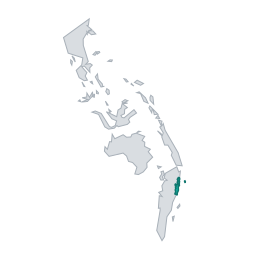 Indonesia, with Bengkulu highlighted, rotated 234°
{"feature_id": "IDN-1225", "entity_name": "Bengkulu", "entity_type": "Province", "adm_level": 1, "iso_a3": "IDN", "parent_name": "Indonesia", "parent_adm1": "", "projection": "mercator", "projection_center": [102.58, -3.868], "detail": "fine", "context": "in_parent", "style": "filled", "palette": "teal", "viewbox_px": 256, "rotation_deg": 234, "n_neighbors": 0, "source": "natural_earth", "source_scale": "10m", "svg_char_len": 5635}
<svg xmlns="http://www.w3.org/2000/svg" viewBox="0 0 256 256"><g transform="rotate(234 128 128)"><path d="M86.8,106.5L91.1,112.2L97.4,111.4L100.7,108.8L106.2,110.4L110.6,109.3L116.2,96.0L123.1,95.3L126.4,98.4L122.9,98.8L127.8,105.1L126.5,106.5L132.3,111.6L127.1,111.0L125.4,120.1L121.4,121.4L119.1,125.0L120.5,127.5L119.0,131.6L111.4,136.6L109.7,132.1L106.6,133.2L103.4,130.6L97.7,133.6L96.9,130.4L89.9,130.8L88.6,122.6L85.0,120.3L83.5,114.6L84.2,109.1L86.8,106.5ZM16.9,89.3L28.2,91.0L42.6,105.7L44.4,106.9L45.2,105.4L54.8,113.5L52.5,115.3L57.9,115.0L56.8,119.2L61.3,121.4L63.6,126.5L62.7,129.0L66.3,127.9L69.4,131.5L68.0,144.7L62.6,143.2L62.4,145.1L47.7,131.7L41.6,120.4L36.0,114.7L33.3,107.3L18.6,93.7L16.9,89.3ZM239.1,129.0L239.1,160.8L234.4,156.3L234.9,155.0L229.0,156.5L229.9,153.3L228.3,151.7L228.8,151.4L229.8,151.6L230.4,151.4L227.6,150.1L228.8,149.8L226.3,144.0L221.1,140.4L205.1,134.9L204.4,131.2L202.3,135.3L199.9,136.1L199.2,132.4L195.4,129.9L203.8,129.1L204.8,126.6L197.0,127.3L195.2,123.9L190.6,123.3L191.9,120.5L197.4,118.1L205.1,120.0L206.2,127.6L211.3,132.7L223.7,123.6L239.1,129.0ZM161.0,111.5L155.5,114.9L140.0,113.8L138.2,115.1L137.5,119.1L140.5,123.0L144.9,120.4L153.9,120.1L143.8,125.5L148.4,130.5L148.2,134.0L151.2,137.7L144.9,139.5L145.1,136.3L141.6,133.5L142.3,129.7L140.4,129.3L138.5,130.7L139.3,143.6L135.1,143.7L135.4,136.0L134.6,133.4L131.7,132.9L131.3,129.6L134.8,120.8L136.5,120.5L135.9,116.8L138.5,111.6L142.5,109.9L156.3,112.2L162.0,108.2L161.0,111.5ZM69.6,145.1L80.5,147.0L82.2,149.4L90.7,150.2L92.7,147.6L101.0,150.1L103.3,153.7L110.1,154.3L110.0,157.3L110.9,159.1L104.4,156.7L78.5,154.0L65.6,149.6L69.6,145.1ZM174.8,112.2L179.4,108.7L177.3,112.8L180.4,115.3L175.5,114.9L178.1,120.7L174.6,117.5L173.3,110.8L176.3,105.7L174.8,112.2ZM177.0,130.3L188.6,131.6L189.7,135.1L185.0,132.5L178.6,133.1L176.7,131.7L175.6,133.4L177.0,130.3ZM150.7,158.3L142.2,159.9L136.3,158.8L140.2,156.5L148.5,158.4L151.4,155.9L150.7,158.3ZM126.3,156.1L132.0,156.8L133.0,158.6L121.6,160.3L123.4,157.1L127.4,158.9L128.6,158.2L126.3,156.1ZM161.1,160.0L161.3,163.5L154.9,166.7L155.2,163.3L161.1,160.0ZM69.4,124.5L71.0,128.3L73.2,128.9L72.5,131.3L69.2,130.1L68.2,127.0L65.0,126.3L66.6,124.0L69.4,124.5ZM227.2,156.7L223.0,157.2L225.0,153.2L228.4,152.4L229.5,153.9L227.2,156.7ZM137.3,162.1L139.9,163.8L141.1,165.7L138.5,166.4L132.2,162.8L137.3,162.1ZM170.5,131.4L172.3,134.0L169.7,134.9L166.6,133.0L166.8,131.4L170.5,131.4ZM110.3,156.2L116.4,157.3L113.6,159.5L110.3,156.2ZM119.7,156.3L120.6,159.7L117.1,159.2L119.7,156.3ZM80.0,129.5L77.1,132.0L77.3,128.8L80.0,129.5ZM208.0,142.8L208.7,147.0L207.4,147.2L206.2,144.1L208.0,142.8ZM108.4,150.2L103.8,151.5L101.9,150.8L108.4,150.2ZM152.7,138.5L152.7,142.3L150.1,143.9L151.1,138.8L152.7,138.5ZM25.9,109.4L30.0,111.6L29.5,113.6L25.9,109.4ZM36.0,125.0L34.4,124.2L33.6,121.1L34.9,121.0L36.0,125.0ZM192.2,155.3L191.3,153.8L193.8,151.0L193.7,153.5L192.2,155.3ZM187.6,116.7L192.3,117.8L186.9,117.4L187.6,116.7ZM158.7,124.4L163.0,125.5L158.2,125.4L158.7,124.4ZM150.6,140.4L148.3,142.2L150.3,138.8L150.6,140.4ZM211.9,119.5L214.4,119.9L216.8,121.7L214.5,122.1L211.9,119.5ZM170.3,153.7L168.7,155.1L165.4,155.3L166.2,153.7L170.3,153.7ZM207.8,147.7L206.8,149.7L205.7,149.6L205.8,146.5L207.8,147.7ZM176.8,124.4L173.9,124.8L173.1,124.1L174.4,122.8L176.8,124.4ZM212.4,124.1L215.9,124.4L219.3,125.1L216.0,125.6L212.4,124.1ZM151.3,122.1L154.3,123.4L151.3,124.1L151.3,122.1ZM179.1,105.6L177.1,105.2L179.0,103.7L179.1,105.6ZM158.5,157.4L161.7,156.2L162.1,156.9L158.5,157.4ZM187.5,124.6L187.0,126.3L184.5,125.4L185.8,124.9L187.5,124.6ZM119.3,134.6L118.1,135.8L119.1,132.2L119.3,134.6ZM174.0,117.9L175.5,120.3L174.9,120.7L172.7,118.8L174.0,117.9Z" fill="#d9dde1" stroke="#a8b0b8" stroke-width="1"/><path d="M57.6,140.3L57.5,140.2L57.4,140.2L57.2,140.1L56.9,140.0L56.7,140.0L56.6,139.8L56.5,139.7L56.4,139.6L56.2,139.7L56.1,139.4L55.5,138.8L54.9,138.4L54.3,138.2L54.2,138.1L54.1,137.9L53.2,137.1L52.4,136.5L51.6,135.9L51.4,135.9L51.2,135.6L51.2,135.4L51.3,135.2L51.1,134.9L51.1,134.7L51.0,134.4L51.0,134.2L50.9,134.1L50.1,133.6L49.2,133.0L48.0,132.2L47.9,132.0L47.8,131.8L47.7,131.7L47.0,130.6L46.9,130.4L46.5,129.7L46.4,129.5L46.2,129.4L45.8,129.2L45.6,129.1L45.4,128.9L45.1,128.4L45.3,128.2L45.8,127.9L46.1,127.8L46.2,127.7L46.4,127.6L46.6,127.5L47.0,127.2L47.1,127.3L47.3,127.4L47.4,127.5L47.5,127.6L47.6,127.8L47.7,128.3L47.8,128.4L48.0,128.5L48.2,128.8L48.4,129.0L48.5,129.2L48.7,129.3L49.0,129.4L49.0,129.5L49.3,129.7L49.5,129.7L49.8,129.7L49.9,129.8L50.1,129.8L50.2,130.0L50.3,130.1L50.5,130.4L50.6,130.5L50.8,130.7L50.9,130.8L51.0,130.9L50.9,131.0L51.0,131.2L51.0,131.3L51.3,131.3L51.5,131.3L51.9,131.4L52.0,131.5L52.1,131.8L52.1,132.0L52.2,132.3L52.3,132.4L52.4,132.5L52.5,132.6L52.8,132.7L52.9,132.8L52.9,132.7L53.0,132.7L53.3,132.4L53.5,132.3L53.6,132.5L53.9,132.7L54.0,132.8L54.3,132.8L54.5,132.9L54.7,133.0L54.7,133.3L54.7,133.7L54.6,133.8L54.4,133.8L54.2,133.8L54.1,133.7L54.1,133.8L54.1,134.0L53.9,134.2L53.8,134.3L53.2,134.8L52.8,134.9L52.9,135.0L53.0,135.0L53.2,135.3L53.3,135.4L53.5,135.6L53.9,135.8L54.0,135.8L54.3,135.8L54.6,136.0L54.6,135.9L54.8,135.9L55.0,135.9L55.2,136.0L55.3,136.0L55.5,136.5L55.5,137.0L55.8,137.1L56.0,137.2L56.4,137.4L56.5,137.4L56.8,137.5L57.0,137.6L57.3,137.6L57.5,137.7L57.6,137.8L57.7,138.3L57.7,138.5L57.9,138.6L58.0,138.8L58.1,139.4L58.2,139.5L58.3,139.6L58.2,139.9L58.1,140.0L57.9,140.1L57.7,140.2L57.6,140.3L57.6,140.3ZM51.8,142.6L51.7,142.7L51.7,142.8L51.7,143.0L51.4,143.0L51.2,143.0L51.0,142.9L50.4,142.4L50.5,142.1L50.8,142.1L51.0,142.2L51.2,142.3L51.3,142.3L51.6,142.4L51.7,142.5L51.8,142.6Z" fill="#14b8a6" stroke="#0f766e" stroke-width="1.5"/></g></svg>